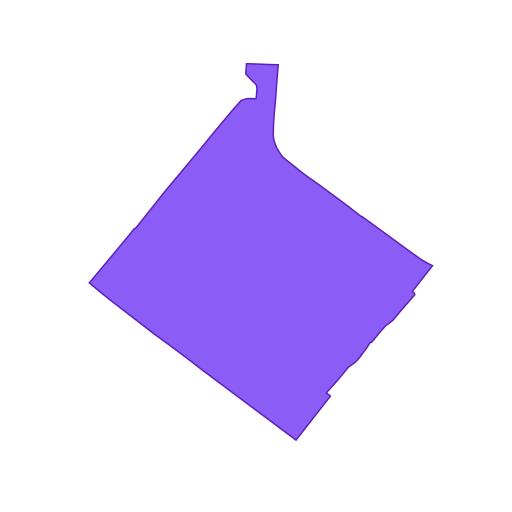 outline of 6 October-1, Al Jizah, Egypt, rotated 255°
{"feature_id": "37247803B48784531357995", "entity_name": "6 October-1", "entity_type": "district", "adm_level": 2, "iso_a3": "EGY", "parent_name": "Egypt", "parent_adm1": "Al Jizah", "projection": "natural_earth1", "projection_center": [30.968, 29.986], "detail": "fine", "context": "isolated", "style": "filled", "palette": "violet", "viewbox_px": 512, "rotation_deg": 255, "n_neighbors": 0, "source": "geoboundaries", "source_scale": "gbopen_adm2", "svg_char_len": 1773}
<svg xmlns="http://www.w3.org/2000/svg" viewBox="0 0 512 512"><g transform="rotate(255 256 256)"><path d="M314.2,147.3L313.9,145.5L312.3,143.3L310.8,141.4L308.2,137.7L308.0,137.4L307.8,137.2L304.4,132.3L303.2,130.6L303.1,130.4L300.6,127.0L299.1,124.8L297.9,123.1L296.6,121.3L295.3,119.6L291.4,113.9L288.5,109.9L283.7,103.0L283.4,102.6L283.1,102.2L281.9,100.5L281.2,99.4L278.0,94.9L274.6,90.1L273.2,88.0L257.8,98.9L249.3,105.2L207.5,137.1L190.0,151.2L178.9,159.9L167.5,168.8L167.4,168.8L160.1,174.3L140.2,190.0L124.4,202.4L67.8,247.0L101.4,291.6L101.5,291.6L105.6,288.5L113.3,300.3L115.0,302.9L116.8,305.4L118.8,308.2L120.8,311.0L122.5,313.4L123.4,314.6L124.8,316.8L126.1,320.3L127.3,323.5L128.4,325.7L129.4,327.3L130.9,329.3L132.0,331.0L133.6,332.9L134.7,334.2L136.0,335.9L137.2,337.4L138.4,339.0L139.8,340.5L141.3,342.1L142.7,343.6L142.7,345.0L143.6,346.6L146.1,350.1L148.2,353.0L149.7,355.1L150.9,356.9L152.2,358.7L152.4,359.1L153.0,360.2L155.1,363.0L155.9,365.6L158.5,371.6L165.7,381.8L169.7,387.7L171.7,390.8L173.9,394.0L177.5,399.4L179.5,399.1L181.2,397.7L201.0,424.0L201.2,423.8L201.5,423.4L204.9,419.5L208.7,415.8L208.6,415.7L218.7,407.3L227.4,400.3L241.3,389.1L266.9,368.4L266.9,368.1L266.9,367.8L275.3,361.5L281.4,356.9L299.1,342.8L308.8,335.1L322.5,323.7L341.5,309.7L343.3,308.4L344.5,307.5L346.7,306.5L354.6,304.1L362.0,303.2L366.9,303.7L368.0,303.8L379.8,307.4L390.0,310.9L402.3,315.5L402.3,315.4L413.4,319.3L425.1,323.4L435.0,327.0L436.7,321.1L440.9,307.5L444.2,296.6L435.9,293.7L434.3,293.3L426.0,297.8L421.7,300.4L419.9,300.6L416.6,300.0L409.1,297.3L407.9,296.8L409.6,291.1L410.4,287.6L410.0,281.8L404.1,272.8L404.0,272.7L403.9,272.5L401.6,269.1L387.9,249.6L369.0,223.2L341.5,184.1L314.2,147.3Z" fill="#8b5cf6" stroke="#5b21b6" stroke-width="1.5"/></g></svg>